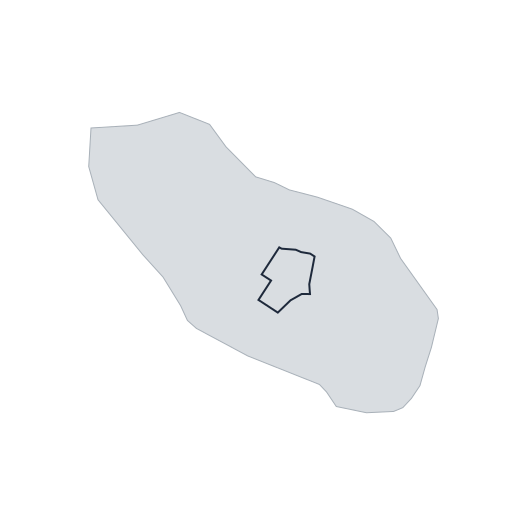 82, Ar Rayyān, Qatar (highlighted), rotated 303°
{"feature_id": "91078587B69331061466095", "entity_name": "82", "entity_type": "district", "adm_level": 2, "iso_a3": "QAT", "parent_name": "Qatar", "parent_adm1": "Ar Rayyān", "projection": "natural_earth1", "projection_center": [51.205, 25.205], "detail": "fine", "context": "in_parent", "style": "outline", "palette": "slate", "viewbox_px": 512, "rotation_deg": 303, "n_neighbors": 0, "source": "geoboundaries", "source_scale": "gbopen_adm2", "svg_char_len": 860}
<svg xmlns="http://www.w3.org/2000/svg" viewBox="0 0 512 512"><g transform="rotate(303 256 256)"><path d="M274.8,452.9L255.1,458.3L236.6,464.1L221.2,463.9L208.8,461.7L200.6,456.1L184.7,434.0L173.5,405.3L180.4,389.2L182.8,379.2L167.7,303.6L162.8,245.5L164.6,233.6L173.3,219.8L187.7,189.5L195.4,160.4L217.1,92.9L239.9,67.0L273.5,47.9L301.1,85.2L334.7,113.6L341.1,145.4L331.2,171.4L322.2,212.6L327.6,231.6L329.6,248.0L338.8,275.5L347.7,311.3L349.2,336.2L344.4,359.3L332.7,378.6L309.7,437.0L302.9,443.0L274.8,452.9Z" fill="#d9dde1" stroke="#a8b0b8" stroke-width="1"/><path d="M220.5,282.0L220.4,305.1L237.7,309.1L249.0,315.0L253.5,322.0L257.0,319.3L261.4,316.0L277.5,309.5L287.5,305.4L287.5,300.1L283.8,291.6L283.6,290.0L282.9,285.9L276.1,273.5L275.9,270.8L271.7,270.8L243.6,270.8L243.6,282.0L220.5,282.0Z" fill="none" stroke="#1e293b" stroke-width="2"/></g></svg>